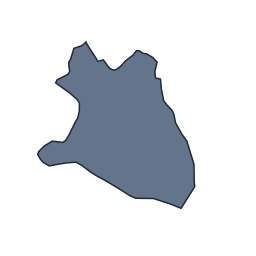 outline of Burundi, rotated 301°
{"feature_id": "BDI", "entity_name": "Burundi", "entity_type": "country or territory", "adm_level": 0, "iso_a3": "BDI", "parent_name": "Africa", "parent_adm1": "", "projection": "mercator", "projection_center": [29.996, -3.384], "detail": "fine", "context": "isolated", "style": "filled", "palette": "slate", "viewbox_px": 256, "rotation_deg": 301, "n_neighbors": 0, "source": "natural_earth", "source_scale": "50m", "svg_char_len": 1036}
<svg xmlns="http://www.w3.org/2000/svg" viewBox="0 0 256 256"><g transform="rotate(301 128 128)"><path d="M180.2,47.7L178.6,49.8L171.1,65.1L169.7,67.4L170.5,68.8L173.7,71.7L171.8,76.5L171.0,77.8L169.6,82.2L170.4,86.4L172.2,87.9L177.1,89.9L184.3,91.3L192.9,94.7L198.7,95.4L200.0,97.8L199.7,102.2L201.2,106.1L201.2,113.0L199.5,119.0L190.6,121.8L186.1,124.9L184.9,126.5L186.0,128.3L186.6,130.7L178.3,136.8L169.7,144.6L167.7,149.9L166.0,156.2L163.5,160.2L157.0,166.0L150.3,177.6L147.1,185.2L130.8,203.3L116.3,212.3L112.1,215.4L86.5,214.9L84.5,202.7L80.6,186.0L71.8,170.9L70.9,164.6L71.3,152.5L71.3,135.4L70.8,126.2L70.9,119.5L72.1,107.9L71.9,101.0L66.1,92.9L58.9,84.4L55.0,80.2L54.8,76.9L54.8,73.8L56.0,69.2L58.8,64.2L62.0,63.6L69.7,65.6L77.8,69.9L82.1,79.6L85.4,81.0L91.4,81.0L106.7,79.7L110.5,79.8L117.5,77.5L124.4,73.5L126.4,69.2L128.0,59.8L129.4,42.7L132.9,42.5L142.6,48.6L144.7,49.0L146.7,48.8L150.0,45.8L154.1,43.3L157.2,43.4L168.4,40.6L174.4,45.7L178.2,47.3L180.2,47.7Z" fill="#64748b" stroke="#1e293b" stroke-width="1.5"/></g></svg>